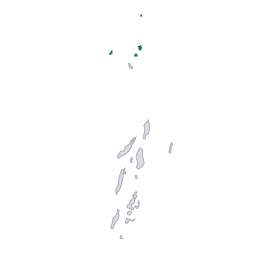 Temotu Vatu, Temotu, Solomon Islands (highlighted), rotated 253°
{"feature_id": "97153195B86794958448560", "entity_name": "Temotu Vatu", "entity_type": "district", "adm_level": 2, "iso_a3": "SLB", "parent_name": "Solomon Islands", "parent_adm1": "Temotu", "projection": "mercator", "projection_center": [166.908, -11.034], "detail": "fine", "context": "in_parent", "style": "filled", "palette": "green", "viewbox_px": 256, "rotation_deg": 253, "n_neighbors": 0, "source": "geoboundaries", "source_scale": "gbopen_adm2", "svg_char_len": 5657}
<svg xmlns="http://www.w3.org/2000/svg" viewBox="0 0 256 256"><g transform="rotate(253 128 128)"><path d="M88.4,124.8L91.9,127.4L93.4,127.2L97.9,127.2L100.6,129.1L102.2,129.9L103.1,131.5L104.2,131.9L104.8,132.8L105.2,134.3L103.6,135.1L102.6,135.3L99.9,134.8L97.4,133.6L92.4,133.5L90.0,133.1L89.2,132.7L88.5,132.1L87.3,130.7L86.4,129.0L86.2,128.0L86.1,126.1L86.4,125.5L87.4,124.8L88.4,124.8ZM104.1,109.5L108.1,114.3L107.9,115.1L107.4,115.7L107.2,117.3L107.7,117.9L108.8,118.2L110.6,119.9L111.4,122.6L112.1,123.6L112.2,125.5L113.9,128.3L114.0,129.7L113.9,130.3L113.2,129.9L111.1,126.8L108.7,125.4L108.5,124.8L106.1,123.0L104.5,119.9L102.8,114.4L103.6,113.1L101.6,110.5L101.7,109.8L103.1,109.9L103.4,109.6L104.1,109.5ZM89.9,111.9L90.4,113.4L88.3,112.1L86.7,110.5L82.1,108.7L81.2,107.8L80.3,107.7L78.0,106.2L75.7,105.2L73.9,103.4L73.0,103.1L71.6,101.6L70.2,100.7L69.7,99.0L68.3,97.8L68.0,97.3L72.4,98.2L74.4,100.1L76.1,101.2L76.7,102.0L78.3,103.0L79.7,103.1L81.1,104.2L82.3,104.4L83.4,105.0L89.8,109.7L89.1,111.0L89.9,111.9ZM119.4,142.7L121.4,143.6L122.5,143.5L124.2,144.1L125.5,143.8L126.3,144.6L128.4,147.9L128.4,148.9L129.8,149.7L128.6,149.8L127.0,149.4L125.8,149.7L124.5,149.1L122.4,148.7L120.5,148.0L116.6,145.6L116.6,144.4L116.0,143.8L115.8,142.3L114.4,141.8L112.7,141.7L112.6,141.0L112.9,139.8L114.1,139.8L115.6,140.3L119.4,142.7ZM52.7,93.9L53.2,94.4L52.0,95.4L50.4,94.9L50.0,94.1L48.8,94.2L46.6,93.8L43.5,91.5L40.2,87.2L37.0,84.8L36.4,84.1L36.4,82.9L36.8,82.4L38.8,82.9L41.3,84.9L45.5,86.9L46.6,88.0L47.3,90.4L48.1,91.2L50.3,93.1L52.7,93.9ZM57.0,108.4L58.0,109.7L59.2,112.6L59.0,113.6L58.2,113.7L57.9,114.3L56.8,112.9L55.4,112.5L54.3,111.6L53.8,108.8L53.0,108.7L50.5,108.9L49.8,109.9L48.7,109.6L48.4,108.7L48.6,107.9L50.1,107.1L50.4,106.1L51.8,104.3L52.7,104.0L54.5,104.6L54.7,107.2L55.3,108.0L57.0,108.4ZM101.4,165.4L100.3,165.9L99.3,165.6L98.5,165.2L97.9,164.0L96.6,163.2L94.7,162.9L93.7,162.1L92.4,161.8L92.0,161.2L92.1,160.5L92.3,160.1L93.5,160.4L99.4,163.7L101.4,165.4ZM40.1,103.3L39.8,103.5L39.3,102.7L38.9,102.4L38.9,101.4L37.3,99.9L37.2,98.8L38.1,97.8L39.3,98.4L40.6,99.7L42.0,100.1L41.7,101.0L40.4,102.6L40.1,103.3ZM48.0,105.8L47.4,106.5L45.7,106.4L44.3,104.8L44.4,103.6L45.4,102.4L46.6,102.2L47.3,102.7L47.9,103.6L48.2,104.8L48.0,105.8ZM62.5,115.4L60.9,116.7L59.8,116.3L58.9,115.2L59.3,113.6L60.3,113.2L60.8,112.6L62.4,113.1L62.9,113.4L61.9,114.2L62.4,114.8L62.5,115.4ZM189.1,148.6L186.4,149.0L185.4,150.1L184.1,150.0L183.7,149.1L183.6,148.6L184.4,148.7L184.7,147.7L185.5,147.3L187.3,147.1L189.5,147.6L189.0,148.4L189.1,148.6ZM116.7,130.5L116.8,132.8L115.6,131.5L115.1,132.0L114.6,131.4L114.7,128.7L113.8,126.1L114.5,126.4L116.7,130.5ZM51.1,115.9L51.1,116.1L50.3,115.7L48.4,113.5L48.7,112.8L50.4,111.4L51.0,111.2L51.5,112.1L51.1,113.4L50.5,113.7L50.2,114.9L51.1,115.9ZM95.0,120.4L96.3,120.6L98.7,122.7L98.2,123.4L97.1,123.0L96.7,123.2L96.3,122.5L95.1,121.8L94.0,121.8L93.8,121.0L95.0,120.4ZM79.5,122.5L77.7,122.2L77.1,121.7L77.8,120.9L78.6,120.4L79.3,120.8L80.2,121.0L80.2,122.0L79.5,122.5ZM26.7,90.2L25.1,90.6L24.1,90.0L24.6,88.8L25.1,88.2L27.1,89.3L26.7,90.2ZM87.4,112.6L86.6,112.9L85.5,112.3L85.0,111.7L85.3,110.9L85.9,110.6L86.7,111.1L86.7,111.7L87.4,112.6ZM201.6,163.2L200.2,163.5L199.7,163.4L198.7,162.0L199.4,161.7L200.4,161.8L200.8,162.6L201.6,163.2ZM55.2,116.6L55.1,117.2L54.2,117.0L52.2,116.2L52.2,115.8L53.3,115.7L54.1,115.8L55.2,116.6ZM38.9,106.1L38.6,107.7L37.7,105.7L37.9,104.1L38.2,103.9L38.9,106.1ZM64.8,117.3L63.6,117.7L63.2,117.1L64.1,115.3L64.8,117.3Z" fill="#d9dde1" stroke="#a8b0b8" stroke-width="1"/><path d="M202.6,163.8L202.5,163.6L202.4,163.5L202.4,163.4L202.2,163.4L201.9,163.2L201.7,163.2L201.7,163.3L201.5,163.2L201.5,163.3L201.4,163.3L201.4,163.2L201.5,163.1L201.5,162.9L201.6,162.7L201.8,162.5L201.8,162.4L201.7,162.4L201.4,162.3L201.4,162.2L201.2,162.2L200.9,162.0L200.6,162.0L200.4,162.1L200.1,162.1L199.9,162.0L199.7,162.2L199.6,162.3L199.5,162.5L199.7,162.8L199.8,162.8L199.8,163.0L199.9,163.3L200.0,163.5L200.4,163.7L200.4,163.8L200.5,163.9L200.8,163.9L200.8,163.7L201.0,163.6L201.0,163.8L200.9,163.8L200.8,164.0L201.0,164.1L201.3,164.1L201.5,164.0L201.8,163.9L201.9,163.7L202.0,163.7L202.0,163.8L202.1,164.0L202.3,163.9L202.5,163.8L202.6,163.8ZM196.0,156.6L195.9,156.5L195.7,156.6L195.8,156.4L195.9,156.2L195.8,156.3L195.7,156.3L195.7,156.2L195.5,155.9L195.4,155.9L195.4,156.0L195.3,155.9L195.2,155.9L195.2,156.0L195.0,155.9L194.9,155.9L194.9,156.0L194.7,156.2L194.7,156.3L194.5,156.5L194.4,156.5L194.5,156.5L194.5,156.8L194.6,157.0L194.7,156.9L194.8,156.9L195.0,156.8L195.0,156.7L195.3,156.6L195.2,156.6L195.2,156.8L195.3,156.8L195.2,156.9L194.9,157.0L195.0,157.0L194.9,157.1L194.7,157.2L194.7,157.3L194.8,157.3L195.0,157.4L195.1,157.5L195.2,157.4L195.3,157.5L195.2,157.6L195.3,157.6L195.5,157.3L195.8,157.3L195.8,157.2L195.7,157.0L195.5,156.9L195.8,156.9L195.7,156.9L195.8,156.9L195.7,156.8L195.8,156.8L196.0,156.8L196.0,156.7L196.0,156.6ZM202.7,162.6L202.7,162.4L202.6,162.5L202.6,162.4L202.4,162.3L202.2,162.4L202.1,162.5L201.9,162.8L201.9,163.0L202.0,163.1L202.3,163.0L202.5,162.9L202.7,162.7L202.7,162.6ZM205.8,134.7L205.7,134.6L205.7,134.4L205.5,134.2L205.3,134.1L205.2,134.2L205.3,134.2L205.3,134.3L205.3,134.5L205.5,134.8L205.8,134.8L205.7,134.7L205.8,134.7ZM231.9,173.4L231.8,173.2L231.7,173.2L231.5,173.4L231.3,173.4L231.3,173.5L231.6,173.5L231.7,173.4L231.9,173.4ZM204.4,133.3L204.4,133.2L204.3,133.3L204.3,133.2L204.2,133.2L204.1,133.3L204.2,133.5L204.3,133.4L204.4,133.5L204.4,133.3L204.4,133.3ZM204.0,132.9L203.9,132.8L203.9,132.7L203.7,132.6L203.8,132.7L203.8,132.8L204.0,132.9ZM204.2,133.0L204.1,132.9L204.1,133.0L204.2,133.0Z" fill="#22c55e" stroke="#15803d" stroke-width="1.5"/></g></svg>